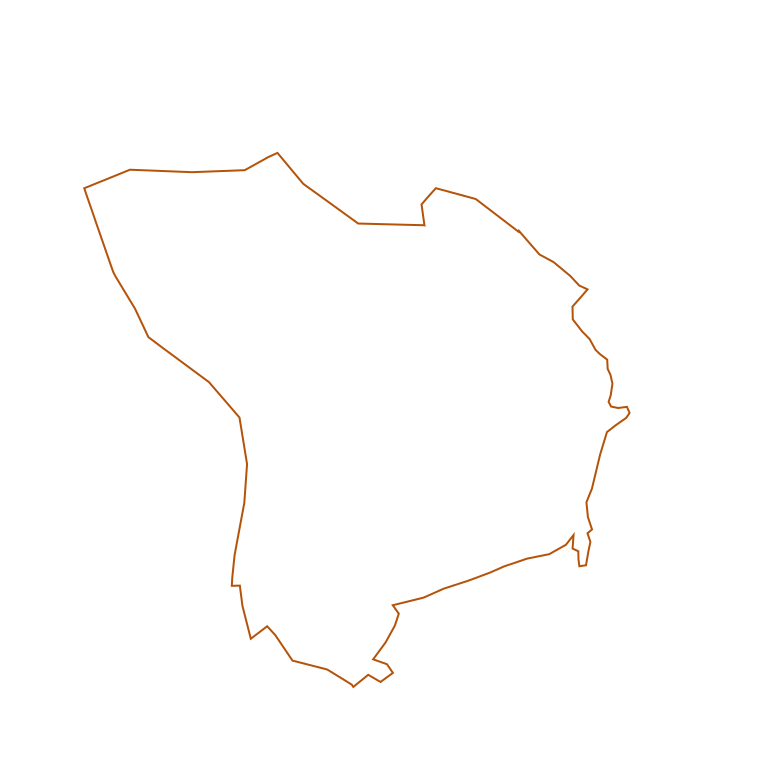 the district of Mosfiloti, Larnaca, Cyprus, rotated 342°
{"feature_id": "46923920B11567225397923", "entity_name": "Mosfiloti", "entity_type": "district", "adm_level": 2, "iso_a3": "CYP", "parent_name": "Cyprus", "parent_adm1": "Larnaca", "projection": "robinson", "projection_center": [33.434, 34.953], "detail": "fine", "context": "isolated", "style": "outline", "palette": "amber", "viewbox_px": 768, "rotation_deg": 342, "n_neighbors": 0, "source": "geoboundaries", "source_scale": "gbopen_adm2", "svg_char_len": 1498}
<svg xmlns="http://www.w3.org/2000/svg" viewBox="0 0 768 768"><g transform="rotate(342 384 384)"><path d="M344.2,132.4L317.6,137.6L316.9,137.4L303.1,133.5L266.8,123.2L208.6,101.7L159.4,105.2L159.5,112.9L159.6,118.6L159.9,132.5L160.0,141.0L160.9,186.0L161.1,194.0L162.0,199.2L170.4,235.1L171.1,240.3L173.8,261.7L174.4,266.6L184.5,281.0L218.1,328.1L236.2,371.2L229.0,417.9L214.4,453.9L189.0,500.6L179.9,521.2L179.5,522.2L176.9,528.9L184.6,531.2L180.8,551.3L178.6,585.1L198.0,578.3L203.0,589.2L211.5,618.8L241.8,638.0L260.4,659.9L261.2,662.6L279.1,655.7L288.6,666.3L303.2,661.5L300.2,651.4L288.6,642.5L305.6,630.3L319.7,617.1L327.1,607.0L324.0,597.1L355.6,599.4L377.6,597.1L404.0,597.1L426.8,596.1L441.7,594.6L466.1,594.3L488.6,596.9L507.4,593.1L517.6,586.2L512.5,598.8L517.1,603.1L514.8,610.8L513.5,617.7L520.1,618.8L526.8,606.1L531.5,598.0L531.4,588.8L536.9,586.6L536.8,573.6L540.0,559.0L549.4,547.8L567.3,518.6L567.8,517.8L581.2,498.6L591.4,494.9L604.0,491.0L608.6,487.4L608.0,480.8L599.3,479.2L593.0,475.6L592.1,470.4L596.2,464.7L601.4,454.2L602.2,445.3L601.4,438.7L603.8,429.8L598.6,422.3L595.8,417.1L593.4,404.7L588.7,395.3L583.5,380.9L587.2,368.6L598.6,361.9L606.8,356.9L600.1,350.7L594.6,338.9L582.9,320.4L571.9,308.9L564.0,290.4L559.7,280.1L559.1,280.9L528.4,236.4L493.8,213.8L483.8,219.6L475.2,224.8L471.5,245.6L471.2,245.4L409.0,223.4L408.8,223.1L387.1,193.3L370.3,170.4L369.9,169.9L370.1,170.1L369.0,168.5L354.1,131.3L344.2,132.4Z" fill="none" stroke="#b45309" stroke-width="2"/></g></svg>